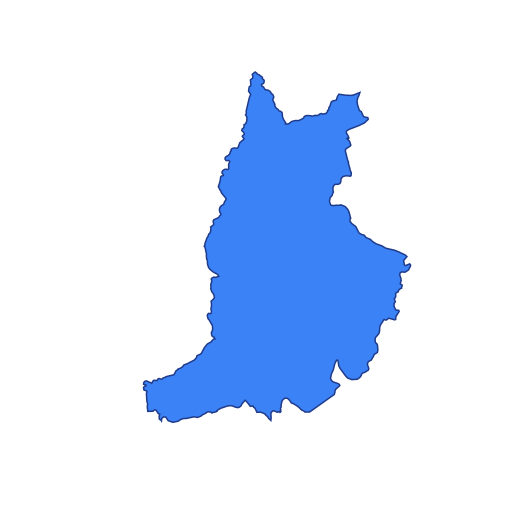 San Felipe Tepatlán, Puebla, Mexico (Mercator projection), rotated 332°
{"feature_id": "50627088B44475495738204", "entity_name": "San Felipe Tepatlán", "entity_type": "district", "adm_level": 2, "iso_a3": "MEX", "parent_name": "Mexico", "parent_adm1": "Puebla", "projection": "mercator", "projection_center": [-97.789, 20.119], "detail": "fine", "context": "isolated", "style": "filled", "palette": "blue", "viewbox_px": 512, "rotation_deg": 332, "n_neighbors": 0, "source": "geoboundaries", "source_scale": "gbopen_adm2", "svg_char_len": 6134}
<svg xmlns="http://www.w3.org/2000/svg" viewBox="0 0 512 512"><g transform="rotate(332 256 256)"><path d="M143.4,374.0L144.3,373.8L146.2,374.6L147.3,374.5L148.1,374.9L148.8,374.8L149.0,374.1L153.3,373.9L160.1,375.0L163.1,376.1L164.8,377.3L167.2,380.2L169.1,381.5L170.1,381.7L172.4,381.3L174.0,380.1L178.7,378.2L179.7,381.8L180.4,386.1L182.9,387.0L182.9,388.6L183.7,389.9L183.4,394.4L186.6,395.9L189.7,399.4L189.7,400.3L190.8,403.4L190.9,405.3L191.9,408.2L193.3,406.1L195.3,401.9L196.2,401.2L198.2,400.7L198.9,400.9L201.2,403.6L201.8,404.1L203.6,404.2L203.7,405.3L204.2,405.4L205.0,404.9L206.2,401.8L207.3,401.1L208.3,399.2L211.3,395.9L213.6,395.2L215.1,395.2L217.0,396.5L217.9,399.2L218.2,402.3L219.5,403.7L221.2,406.4L222.8,409.7L224.0,413.5L225.4,415.2L226.0,416.8L230.2,418.9L260.1,415.0L261.9,413.2L262.3,412.2L264.1,411.0L268.9,409.9L269.3,409.3L269.3,408.5L268.5,407.1L264.9,403.3L264.2,401.1L264.4,398.9L267.4,395.4L270.8,392.8L275.0,388.1L278.1,385.9L279.1,386.1L279.1,387.5L277.5,391.9L277.5,395.0L278.8,403.8L279.6,406.8L282.7,410.2L287.6,412.4L290.6,412.0L292.7,411.0L293.9,409.8L295.6,409.4L297.2,409.8L301.6,409.5L302.8,408.3L303.4,404.3L304.0,403.3L305.6,402.0L308.9,402.0L313.0,399.5L313.9,398.5L317.9,398.1L319.5,396.2L321.3,391.9L321.6,390.7L320.8,388.1L322.1,385.4L323.3,384.1L328.1,382.2L329.8,380.4L331.7,377.1L333.3,375.5L339.2,372.2L340.8,373.7L344.1,373.3L348.6,377.6L349.7,377.5L350.8,375.4L356.4,372.1L356.5,370.9L354.3,369.5L354.1,368.5L354.3,365.1L355.6,362.8L357.5,361.9L358.0,358.6L359.5,358.2L360.7,356.9L361.6,354.8L362.7,354.3L364.7,354.4L366.0,353.1L367.9,352.6L369.4,352.8L370.3,351.4L371.2,350.9L371.3,349.8L370.4,348.8L370.4,348.0L372.7,345.9L373.6,343.1L374.0,340.0L375.3,338.6L377.0,338.4L379.9,340.2L381.5,340.2L384.1,339.9L387.7,337.4L388.3,336.3L388.0,335.1L383.5,334.7L382.9,333.5L384.2,329.3L389.0,327.4L388.4,325.4L384.2,319.7L381.2,316.1L374.2,310.0L371.9,306.1L367.8,301.7L365.6,297.7L364.8,295.0L361.9,291.5L361.3,288.4L359.3,286.5L357.8,284.0L357.9,276.7L355.8,272.4L355.3,269.3L356.7,267.2L357.3,267.2L358.8,260.7L358.9,258.0L358.2,254.9L357.0,252.9L355.2,251.2L355.1,250.7L352.5,250.0L351.5,249.2L347.8,247.7L346.0,246.3L346.1,243.8L346.7,242.0L348.7,239.5L351.9,238.1L352.7,237.0L354.2,236.1L355.2,233.3L356.4,231.3L358.4,230.0L359.3,229.8L362.1,231.2L363.8,231.4L364.8,231.1L365.8,230.1L367.4,227.7L370.1,226.6L373.1,227.4L377.0,229.9L377.8,229.5L379.2,227.3L379.5,223.9L379.9,223.1L381.1,217.5L381.8,216.4L381.8,214.8L384.2,205.2L384.6,204.5L385.9,203.6L390.7,203.2L391.8,202.6L392.5,198.7L391.4,195.0L392.1,194.8L392.7,195.8L393.3,195.6L393.7,194.0L393.6,189.6L394.4,188.4L395.1,188.0L397.7,187.9L408.4,189.2L414.3,189.4L419.3,188.0L419.7,186.3L416.9,184.1L416.4,183.1L416.7,177.9L415.6,176.0L416.7,169.9L418.1,166.3L420.6,163.7L422.0,162.8L424.5,160.4L418.1,159.7L415.2,158.8L410.5,156.0L405.2,152.1L403.1,153.2L401.2,154.8L400.2,156.1L396.5,155.1L394.8,155.3L391.4,158.6L390.0,159.2L389.2,160.7L388.3,160.9L387.5,161.2L387.2,161.9L384.6,163.1L383.4,162.5L381.9,162.3L380.5,160.8L378.7,160.6L376.7,161.0L373.8,159.4L371.9,159.2L368.3,156.6L365.9,155.5L364.0,155.5L363.2,156.3L362.2,156.6L358.6,156.6L356.9,156.3L354.4,154.9L350.8,154.0L346.6,154.6L344.0,153.2L344.7,152.4L344.4,148.1L344.8,145.5L346.4,141.5L345.6,139.7L344.6,138.9L344.2,136.7L343.3,135.0L343.1,132.9L343.2,131.9L343.9,131.0L344.0,125.9L345.6,124.8L346.5,123.6L346.6,121.1L346.1,120.5L345.6,117.0L344.5,115.2L342.2,113.5L341.9,110.1L341.0,108.8L341.0,108.2L341.3,107.3L343.8,107.1L344.8,106.2L345.7,104.7L344.9,102.2L345.3,101.9L345.4,100.5L344.4,99.1L344.2,98.0L342.5,95.9L342.5,94.9L341.6,93.1L338.0,93.8L337.3,96.5L336.5,97.4L333.8,97.8L331.5,103.1L329.5,103.4L326.8,106.9L327.2,110.8L324.5,113.0L315.3,123.5L314.2,126.0L313.0,126.4L313.2,129.0L311.3,132.4L308.9,134.4L307.1,134.4L305.6,137.0L303.5,137.3L302.5,138.3L302.3,138.6L303.0,140.5L303.1,142.1L302.8,143.0L300.2,143.7L300.0,144.2L300.6,146.7L299.3,147.5L298.3,147.5L294.8,148.4L291.0,151.8L289.9,152.0L287.4,150.3L285.1,149.9L284.0,150.3L283.6,151.3L282.6,151.6L280.6,153.6L278.7,154.2L276.1,154.2L274.6,155.0L274.1,156.3L274.4,157.7L276.9,159.0L277.2,160.2L274.8,162.3L272.9,166.1L271.7,166.4L269.8,165.0L268.6,164.8L266.8,165.0L265.7,165.6L264.9,166.8L265.4,168.8L265.0,169.6L262.9,169.2L262.0,169.5L259.3,173.2L255.3,177.1L255.2,181.6L255.6,182.1L255.1,183.9L256.6,191.3L255.5,192.4L253.6,193.4L251.7,195.2L249.1,195.3L247.1,196.1L245.9,197.2L245.0,198.9L244.6,200.6L244.8,202.4L244.1,203.2L242.4,203.6L241.1,204.5L235.6,204.2L234.8,204.8L234.2,205.9L233.7,207.9L232.8,208.6L229.5,209.1L229.3,210.4L226.9,213.5L225.8,214.2L224.5,214.5L222.9,216.1L221.3,216.9L216.6,221.2L216.2,222.2L214.8,223.1L215.1,224.2L213.1,231.3L212.4,232.2L211.0,235.5L211.1,236.6L209.3,240.7L208.7,244.0L209.2,246.6L210.8,250.2L213.4,254.1L213.6,256.5L210.1,255.8L208.9,254.8L206.1,254.9L205.5,255.7L205.2,257.5L202.8,259.8L201.3,263.0L200.7,263.5L200.2,266.9L200.6,269.0L200.4,271.2L199.6,273.4L197.2,274.4L195.2,274.8L193.7,278.5L191.1,282.0L191.0,283.3L189.9,285.1L188.8,285.6L187.2,284.4L185.9,284.8L185.0,285.7L184.2,288.8L184.6,290.5L184.8,297.1L183.6,299.8L182.6,301.2L180.6,302.7L179.8,304.7L179.7,306.4L180.9,308.3L180.9,309.9L179.9,309.4L177.3,310.1L176.4,310.7L171.6,310.9L167.5,312.6L162.2,316.2L160.5,316.6L157.2,316.3L155.3,318.0L152.6,318.9L144.4,318.8L141.3,318.3L139.2,319.3L137.0,319.6L134.3,319.2L132.8,319.7L131.5,319.8L127.8,322.3L119.9,320.3L119.2,320.5L116.5,320.1L114.8,320.6L112.8,318.6L111.9,318.5L110.0,319.5L107.7,317.8L106.1,318.1L104.2,319.4L100.7,314.9L99.3,314.4L97.4,315.1L96.5,316.5L98.2,318.2L98.0,319.0L96.7,318.8L95.2,319.1L94.5,320.3L94.2,321.8L96.0,323.7L96.0,324.7L94.7,325.9L91.6,332.6L90.7,336.1L89.4,337.6L87.5,342.4L92.2,344.7L94.1,344.2L95.4,345.2L95.7,349.2L96.8,350.5L95.4,351.8L94.5,353.5L94.1,354.9L95.0,356.3L95.1,357.2L96.5,355.1L99.1,354.7L100.8,356.1L101.1,360.1L104.5,363.8L109.6,365.3L113.1,365.0L116.1,365.6L117.8,366.6L125.2,368.7L126.6,369.4L128.6,371.1L132.5,371.5L134.2,371.1L137.8,371.2L139.2,370.9L140.7,371.1L142.8,372.6L143.4,373.6L143.4,374.0Z" fill="#3b82f6" stroke="#1e3a8a" stroke-width="1.5"/></g></svg>